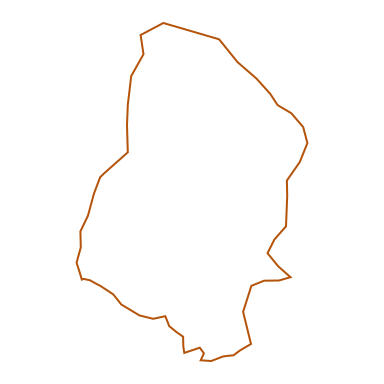 Dodjé, Logone Occidental, Chad
{"feature_id": "50815135B21432441174008", "entity_name": "Dodjé", "entity_type": "district", "adm_level": 2, "iso_a3": "TCD", "parent_name": "Chad", "parent_adm1": "Logone Occidental", "projection": "albers", "projection_center": [15.491, 8.666], "detail": "fine", "context": "isolated", "style": "outline", "palette": "amber", "viewbox_px": 384, "rotation_deg": 0, "n_neighbors": 0, "source": "geoboundaries", "source_scale": "gbopen_adm2", "svg_char_len": 1098}
<svg xmlns="http://www.w3.org/2000/svg" viewBox="0 0 384 384"><path d="M307.4,143.1L303.2,127.1L291.4,113.3L277.6,105.1L270.2,93.8L256.5,78.6L237.5,62.1L226.7,48.7L219.1,39.3L163.3,23.0L140.6,35.0L143.5,54.2L131.2,76.1L129.8,88.1L127.8,104.8L127.0,125.3L127.8,152.3L103.5,173.9L100.1,177.3L93.9,193.8L88.0,215.6L80.4,231.4L80.8,247.3L76.6,262.6L76.6,262.8L77.4,265.3L79.0,270.2L80.7,275.7L80.7,275.8L81.8,279.6L83.7,278.9L90.0,280.3L96.7,284.0L99.4,285.4L101.4,286.5L102.2,287.1L113.3,294.4L121.4,304.6L139.4,315.4L153.1,318.8L161.0,317.1L165.3,316.2L166.9,320.1L169.2,326.1L176.4,332.0L183.1,336.7L183.2,340.8L183.3,346.0L183.5,347.5L183.8,349.8L184.3,352.9L190.9,350.7L197.9,348.3L199.8,347.7L203.9,353.3L200.7,360.3L211.2,361.0L222.7,356.6L222.9,356.5L225.9,356.1L228.1,355.8L231.4,355.5L232.8,355.4L233.4,355.3L234.6,354.5L234.7,354.4L235.5,353.8L240.2,350.3L246.7,346.5L251.0,344.0L243.1,311.8L251.4,285.8L264.1,280.7L278.9,280.5L290.5,277.2L278.2,266.3L267.5,253.2L274.4,239.5L286.0,226.3L287.2,196.2L286.9,180.5L299.8,162.0L307.4,143.1Z" fill="none" stroke="#b45309" stroke-width="2"/></svg>